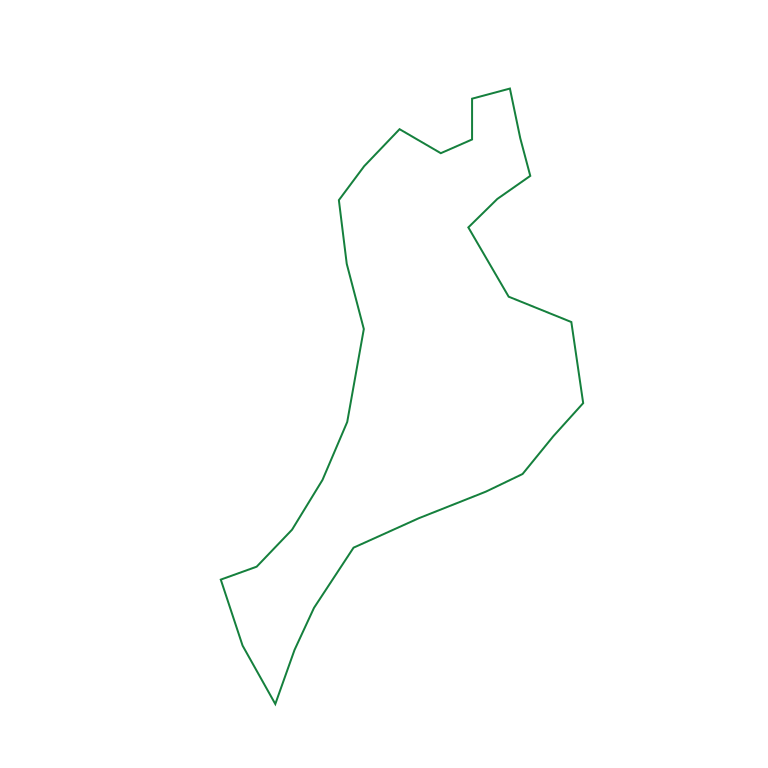 Kato Deftera, Nicosia, Cyprus, rotated 235°
{"feature_id": "46923920B64183754779515", "entity_name": "Kato Deftera", "entity_type": "district", "adm_level": 2, "iso_a3": "CYP", "parent_name": "Cyprus", "parent_adm1": "Nicosia", "projection": "orthographic", "projection_center": [33.288, 35.095], "detail": "fine", "context": "isolated", "style": "outline", "palette": "green", "viewbox_px": 768, "rotation_deg": 235, "n_neighbors": 0, "source": "geoboundaries", "source_scale": "gbopen_adm2", "svg_char_len": 538}
<svg xmlns="http://www.w3.org/2000/svg" viewBox="0 0 768 768"><g transform="rotate(235 384 384)"><path d="M583.8,542.9L573.8,492.7L560.5,452.5L503.8,422.4L440.6,399.0L374.0,332.1L340.7,278.6L317.4,225.1L307.4,174.9L317.4,138.1L250.8,118.1L184.2,111.4L217.5,158.2L240.8,198.3L267.4,265.2L254.1,335.5L237.4,405.7L230.8,445.9L244.1,492.7L254.1,536.2L327.3,573.0L384.0,536.2L463.9,542.9L470.6,583.0L470.6,623.2L507.2,636.6L553.8,656.6L567.2,619.8L533.8,596.4L540.5,562.9L583.8,542.9Z" fill="none" stroke="#15803d" stroke-width="2"/></g></svg>